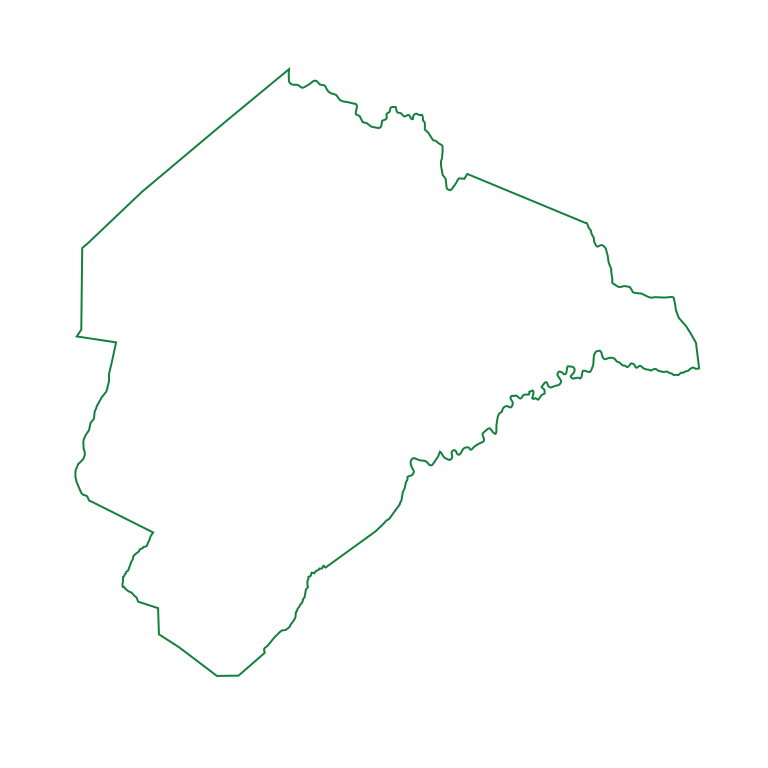 the district of Teupasenti, El Paraíso, Honduras, rotated 5°
{"feature_id": "27666195B60931351506454", "entity_name": "Teupasenti", "entity_type": "district", "adm_level": 2, "iso_a3": "HND", "parent_name": "Honduras", "parent_adm1": "El Paraíso", "projection": "equal_earth", "projection_center": [-86.613, 14.281], "detail": "fine", "context": "isolated", "style": "outline", "palette": "green", "viewbox_px": 768, "rotation_deg": 5, "n_neighbors": 0, "source": "geoboundaries", "source_scale": "gbopen_adm2", "svg_char_len": 6114}
<svg xmlns="http://www.w3.org/2000/svg" viewBox="0 0 768 768"><g transform="rotate(5 384 384)"><path d="M696.5,340.8L691.2,315.7L685.1,306.9L680.1,300.3L672.0,292.5L668.5,285.4L666.8,278.4L665.0,272.7L663.4,272.1L656.4,273.4L646.2,273.9L642.7,274.8L639.1,274.0L632.7,271.5L626.3,271.4L623.9,270.9L622.3,268.3L620.3,265.9L615.5,265.5L614.2,265.7L611.3,266.7L608.9,266.8L602.7,263.6L602.2,259.2L601.0,254.2L600.2,249.4L597.2,243.4L595.7,236.9L593.2,229.9L591.5,227.9L589.4,226.7L588.0,226.7L585.0,228.5L584.0,228.2L582.9,227.3L581.0,223.9L580.2,220.1L577.6,216.2L576.8,213.2L574.2,210.4L572.7,207.1L571.8,205.9L570.6,206.0L448.7,167.5L446.1,172.6L441.6,172.5L440.5,172.9L439.5,174.5L438.5,177.2L434.5,184.1L433.2,185.1L431.2,184.8L429.8,184.0L429.3,183.2L427.7,174.9L427.1,173.7L424.2,170.6L421.9,162.0L421.3,157.2L422.2,153.8L422.0,151.1L422.2,147.7L421.6,142.1L420.7,141.0L417.4,139.4L415.0,137.7L413.5,137.1L411.6,136.8L406.0,129.6L402.5,127.0L402.0,120.6L401.6,119.8L399.9,117.9L399.2,114.0L398.3,112.5L396.0,113.1L393.0,111.9L391.5,112.2L390.0,113.9L389.7,115.2L389.7,117.4L388.9,117.8L387.9,117.3L386.2,114.7L385.2,113.8L384.3,113.9L382.1,115.4L381.0,115.7L380.0,115.2L377.1,112.7L373.8,112.4L372.8,111.1L371.6,107.2L370.1,107.1L367.4,107.6L366.8,107.9L366.4,108.6L365.8,112.5L363.6,114.1L362.9,114.9L363.5,118.3L363.2,119.6L362.7,120.2L359.3,121.9L358.8,127.1L358.2,128.5L357.0,129.3L355.8,129.5L348.8,128.7L344.3,125.7L339.9,125.0L336.4,119.2L332.7,117.9L332.3,117.1L332.2,116.0L332.9,110.0L332.6,108.7L331.8,107.6L323.5,106.4L318.8,106.1L315.8,105.2L314.7,104.4L311.8,100.9L310.7,100.0L305.8,99.0L303.6,97.9L301.9,96.2L299.5,92.5L298.7,91.7L294.2,91.3L290.3,88.0L288.7,87.8L287.4,88.3L283.0,92.3L278.9,95.1L277.1,96.0L275.9,95.8L272.0,93.5L267.8,93.8L266.2,93.6L265.0,93.0L263.6,91.9L262.9,90.5L262.0,82.8L262.0,78.6L202.5,137.2L125.8,214.0L76.3,270.1L71.5,274.8L77.7,356.2L73.8,363.4L113.5,365.9L111.0,385.6L109.2,397.8L109.8,405.0L108.4,414.5L107.7,416.3L103.9,421.9L99.8,431.1L99.5,433.1L98.2,436.4L98.1,442.5L97.8,444.3L95.0,448.5L94.2,455.6L91.0,461.5L89.6,466.0L89.5,468.4L90.1,471.9L90.3,474.1L91.9,478.3L92.1,480.7L91.6,482.9L90.6,485.5L86.2,490.7L84.3,497.0L84.3,499.6L84.8,503.9L86.5,508.9L92.1,519.2L94.0,520.6L96.4,521.0L98.1,521.8L100.4,525.7L101.1,526.3L102.5,526.5L166.9,552.0L164.5,556.6L164.0,559.7L163.3,561.1L161.8,565.9L160.5,566.8L158.7,567.3L157.6,568.8L155.8,569.5L154.9,570.7L154.4,572.2L152.2,574.1L149.3,577.3L149.0,580.6L147.7,583.3L145.5,591.6L145.1,592.4L143.6,593.5L143.5,594.7L142.2,596.7L141.8,598.1L140.8,599.1L141.1,603.1L141.0,607.4L141.3,608.7L141.8,609.0L142.8,608.9L143.7,610.1L147.6,612.8L150.6,613.8L153.7,616.6L155.8,618.0L156.5,618.9L157.9,622.2L178.5,627.0L181.6,653.0L202.6,664.0L243.0,689.4L264.5,687.2L288.7,662.1L288.2,661.2L287.7,659.5L287.7,658.4L288.1,657.5L291.1,654.6L297.2,645.6L302.2,639.8L304.0,638.3L307.4,637.7L310.5,634.9L311.3,633.8L311.7,632.4L315.2,626.5L316.1,623.9L316.2,618.9L317.0,617.9L317.5,615.6L318.9,613.4L319.9,610.9L320.6,610.2L321.0,609.3L321.7,608.5L322.2,605.3L323.5,603.3L324.1,595.8L326.0,592.7L325.3,591.5L325.2,589.4L324.7,587.8L325.7,584.8L325.4,582.9L325.9,582.4L327.1,582.2L327.5,581.8L328.0,580.4L328.0,579.2L328.4,578.3L331.1,578.6L331.8,577.1L332.6,576.6L332.8,576.0L334.9,575.0L335.8,573.4L337.7,573.5L338.4,572.9L338.7,572.4L338.9,571.1L339.5,570.4L339.8,570.3L340.5,571.2L341.7,572.0L388.1,531.8L394.0,525.3L398.5,519.6L400.8,518.1L410.1,502.7L410.5,500.5L411.2,499.6L411.6,497.5L412.2,490.0L413.8,485.7L414.4,480.0L415.7,477.4L415.6,474.3L419.7,472.4L420.7,471.2L421.2,469.9L421.4,468.9L421.2,467.9L418.9,464.5L417.3,460.7L417.6,458.0L418.3,456.4L418.8,455.8L420.6,455.2L426.0,456.8L431.7,457.1L433.6,458.1L436.5,460.9L438.2,460.9L438.9,460.5L439.8,459.4L444.1,451.8L445.6,446.6L446.6,447.1L449.4,450.9L450.9,452.3L454.0,453.5L456.3,453.9L457.1,453.4L458.2,451.7L458.3,450.1L457.5,447.7L457.3,446.2L457.7,445.0L458.7,444.1L459.8,443.7L460.7,444.0L461.5,444.7L463.0,447.3L464.8,448.0L465.7,447.4L466.6,446.1L468.3,442.1L469.9,440.6L471.7,439.9L473.4,439.8L474.2,440.1L475.7,441.9L476.9,441.7L479.6,438.3L482.8,435.8L488.2,432.6L488.5,431.4L488.4,430.1L486.8,426.6L486.5,425.1L487.1,424.0L491.1,419.8L492.6,419.0L493.7,419.1L496.5,422.3L498.0,423.5L499.1,424.0L499.8,423.5L500.1,421.8L499.6,415.5L500.1,407.5L500.6,405.4L501.6,403.0L503.7,401.6L504.6,398.1L505.8,396.4L507.1,395.6L508.7,395.3L512.0,396.4L513.2,395.4L513.8,393.7L514.0,391.7L513.7,390.8L511.3,387.5L511.2,386.2L511.9,385.0L512.9,384.6L514.7,384.6L516.6,383.9L518.3,384.9L520.2,386.4L521.4,386.5L522.4,385.6L523.4,383.4L523.9,382.8L525.2,382.3L529.2,381.8L529.6,381.2L529.4,379.2L532.6,377.5L533.4,378.2L533.7,379.7L533.5,382.1L532.9,385.3L534.3,385.8L536.2,384.9L538.6,386.2L539.1,386.1L541.8,381.6L542.8,380.7L544.8,379.6L544.6,377.0L544.2,375.6L541.6,373.7L541.2,373.1L544.1,368.6L544.6,368.2L546.0,368.2L548.1,372.1L549.2,372.6L550.8,372.9L554.3,371.1L557.9,369.9L559.0,369.0L560.0,367.4L560.2,365.4L556.3,360.4L555.9,359.1L556.1,358.0L556.9,356.7L557.9,356.2L560.7,357.0L562.3,358.6L563.9,358.4L564.7,356.8L565.1,351.3L565.7,350.3L570.3,350.4L571.6,351.1L572.4,352.2L572.7,354.0L572.3,355.9L569.3,360.0L569.4,360.6L570.0,361.3L571.9,362.2L576.4,360.8L577.8,360.9L578.6,361.4L579.2,361.3L580.1,359.9L580.7,354.4L581.1,353.5L582.2,353.2L587.2,354.3L588.3,353.8L589.0,352.9L590.7,347.3L590.8,344.9L590.6,338.9L590.9,336.2L591.8,334.1L593.1,332.8L595.9,332.0L596.8,332.5L597.9,333.9L599.2,337.7L600.3,339.2L601.4,340.0L602.1,340.1L604.7,338.9L607.8,338.0L609.4,338.0L611.6,338.7L613.5,340.9L615.0,341.7L616.9,342.1L619.8,344.6L622.4,344.7L624.5,345.9L625.2,345.8L626.0,345.3L628.3,342.0L629.1,341.9L630.3,342.2L631.8,342.9L632.8,344.9L634.0,345.8L634.9,345.5L636.6,343.9L638.1,343.6L641.0,345.7L643.3,346.5L647.2,346.8L648.5,347.4L651.5,345.7L653.3,345.4L654.7,345.9L655.9,346.9L660.2,347.6L661.9,347.6L664.8,346.9L667.1,348.1L669.6,348.5L671.9,349.8L674.0,349.4L676.5,349.4L678.9,346.9L681.2,346.7L682.5,345.5L686.1,344.2L687.6,342.3L690.0,340.7L690.9,340.7L693.3,341.7L696.0,341.3L696.5,340.8Z" fill="none" stroke="#15803d" stroke-width="2"/></g></svg>